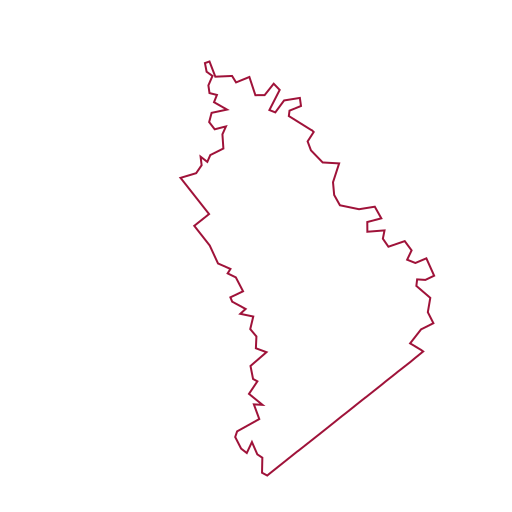 Little River, Arkansas, United States of America (orthographic projection), rotated 230°
{"feature_id": "52423323B59609067329323", "entity_name": "Little River", "entity_type": "district", "adm_level": 2, "iso_a3": "USA", "parent_name": "United States of America", "parent_adm1": "Arkansas", "projection": "orthographic", "projection_center": [-94.204, 33.739], "detail": "fine", "context": "isolated", "style": "outline", "palette": "rose", "viewbox_px": 512, "rotation_deg": 230, "n_neighbors": 0, "source": "geoboundaries", "source_scale": "gbopen_adm2", "svg_char_len": 1627}
<svg xmlns="http://www.w3.org/2000/svg" viewBox="0 0 512 512"><g transform="rotate(230 256 256)"><path d="M317.6,379.1L342.1,371.1L345.8,375.1L342.0,386.9L348.9,391.2L357.1,377.5L353.6,363.1L359.2,360.1L368.0,380.9L376.6,380.3L373.7,366.0L379.6,358.9L397.4,366.0L401.8,352.3L409.3,353.4L419.5,340.1L434.9,345.4L436.6,340.9L428.9,336.6L421.9,338.4L417.3,329.2L410.7,325.1L404.5,329.6L400.8,322.7L386.8,327.9L394.2,314.0L388.7,306.2L379.6,305.8L374.6,316.3L370.8,308.5L359.3,300.1L362.7,285.9L359.4,279.2L367.7,277.4L360.5,272.7L357.9,263.4L364.4,248.4L363.6,248.4L318.3,247.0L318.8,228.1L293.8,227.3L274.7,222.1L262.5,228.1L260.9,223.1L252.6,226.8L237.3,223.4L240.8,209.8L236.3,208.4L222.1,214.0L221.8,206.8L211.4,215.0L203.7,204.6L194.1,204.6L185.4,196.6L175.6,202.2L175.3,181.1L163.7,174.7L159.1,176.5L154.9,162.0L137.8,165.3L143.7,159.0L129.0,153.7L133.8,128.8L130.7,123.7L118.0,120.8L111.0,122.3L116.1,133.3L103.2,129.5L97.4,131.2L86.1,121.3L80.6,123.5L80.6,125.6L79.7,162.6L79.6,162.8L79.0,182.4L78.6,196.3L78.2,214.2L78.2,214.4L78.1,219.0L77.9,223.4L77.4,244.9L77.3,246.6L77.3,248.5L77.2,248.6L76.6,270.9L76.6,274.4L76.2,287.4L76.2,289.8L75.6,305.9L75.6,312.5L75.4,322.7L77.9,322.1L90.0,317.9L93.7,335.3L90.5,348.7L102.5,351.5L111.9,362.6L130.0,359.6L134.5,364.4L128.8,370.4L126.4,379.8L144.7,385.0L148.2,373.6L156.0,369.4L160.3,378.8L171.8,379.5L178.0,363.4L187.7,364.3L193.0,370.9L203.0,356.9L210.5,363.1L204.3,376.2L217.4,378.7L225.6,365.0L240.9,352.9L252.5,355.1L263.0,362.4L273.5,379.2L284.8,367.2L301.6,366.0L310.6,369.2L313.9,379.9L316.2,379.7L317.6,379.1Z" fill="none" stroke="#9f1239" stroke-width="2"/></g></svg>